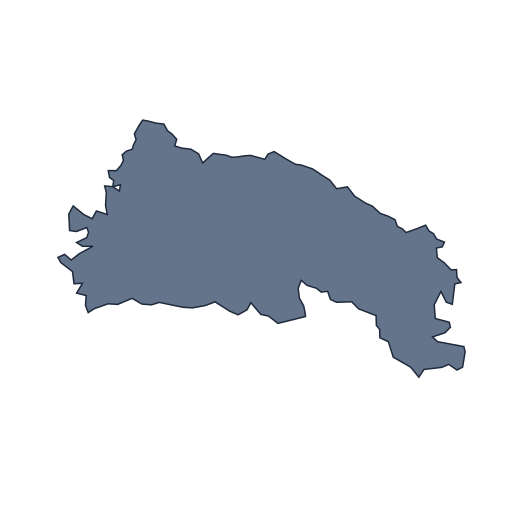 outline of Jacutinga, Rio Grande do Sul, Brazil, rotated 256°
{"feature_id": "56859067B55904533965015", "entity_name": "Jacutinga", "entity_type": "district", "adm_level": 2, "iso_a3": "BRA", "parent_name": "Brazil", "parent_adm1": "Rio Grande do Sul", "projection": "albers", "projection_center": [-52.547, -27.784], "detail": "fine", "context": "isolated", "style": "filled", "palette": "slate", "viewbox_px": 512, "rotation_deg": 256, "n_neighbors": 0, "source": "geoboundaries", "source_scale": "gbopen_adm2", "svg_char_len": 2065}
<svg xmlns="http://www.w3.org/2000/svg" viewBox="0 0 512 512"><g transform="rotate(256 256 256)"><path d="M99.0,384.7L105.3,391.5L103.0,409.3L104.2,416.9L96.7,423.4L98.2,429.6L112.3,435.7L117.8,435.8L129.0,411.3L134.8,407.8L135.8,420.8L139.8,427.4L145.0,427.5L152.0,414.8L165.5,417.1L176.8,426.8L165.1,429.5L161.6,434.8L180.9,442.2L180.6,448.5L186.6,445.8L194.3,447.3L195.3,441.9L203.6,437.2L210.6,431.5L220.1,433.0L219.8,438.9L223.9,442.2L228.7,435.4L234.7,433.6L238.6,429.8L244.9,428.1L243.6,419.1L242.5,407.2L247.0,404.5L250.6,400.3L257.6,399.7L262.9,393.5L267.3,386.8L276.2,381.0L280.7,375.2L290.0,366.3L301.0,361.4L301.8,350.5L311.7,346.0L317.9,340.1L326.7,332.1L333.4,321.8L335.4,316.5L343.2,308.3L353.0,298.8L351.9,292.3L347.7,287.9L351.2,281.7L355.0,274.9L356.1,268.0L356.6,261.9L357.7,256.3L360.8,251.9L365.9,239.4L359.2,226.7L369.1,225.0L375.4,218.6L378.6,210.2L382.4,203.8L388.4,207.3L395.0,203.8L398.9,200.5L406.3,198.5L409.3,190.8L413.0,184.0L415.3,178.9L411.5,174.6L403.9,167.5L397.9,167.8L393.7,164.2L389.5,161.6L389.1,155.7L386.6,150.6L380.9,150.6L376.5,146.8L372.6,141.2L374.6,133.3L367.6,132.9L363.7,136.2L357.9,133.8L360.6,126.1L353.8,126.1L341.6,122.3L332.3,121.7L338.3,112.0L331.8,106.1L337.8,99.0L348.8,90.7L342.0,84.5L325.8,81.3L323.2,87.7L324.5,98.7L319.6,99.3L314.8,96.3L312.5,85.1L307.3,90.1L304.9,100.2L301.1,85.4L296.8,75.7L303.9,70.7L302.6,63.5L296.8,65.0L285.3,74.2L273.1,72.7L271.5,81.0L263.4,73.0L258.7,81.6L249.3,78.6L241.7,79.5L244.0,86.3L245.4,100.8L242.5,110.2L244.9,125.5L237.0,133.6L233.9,142.7L234.4,150.9L230.0,160.0L223.9,172.8L221.0,181.9L220.2,194.9L221.4,205.2L208.8,217.1L203.3,224.4L205.9,234.2L211.9,239.7L198.1,246.6L194.7,253.6L185.3,261.0L185.3,289.4L190.2,290.0L196.2,290.2L204.6,287.9L214.4,289.1L221.4,294.0L215.1,298.5L210.1,306.8L205.2,310.6L204.4,317.0L195.8,317.7L191.6,323.0L188.4,337.8L179.9,342.8L169.1,358.1L159.6,356.0L154.9,358.2L146.7,356.4L140.8,363.7L124.6,364.7L110.7,379.2L99.0,384.7ZM357.9,133.8L357.9,141.8L352.1,139.1L357.9,133.8Z" fill="#64748b" stroke="#1e293b" stroke-width="1.5"/></g></svg>